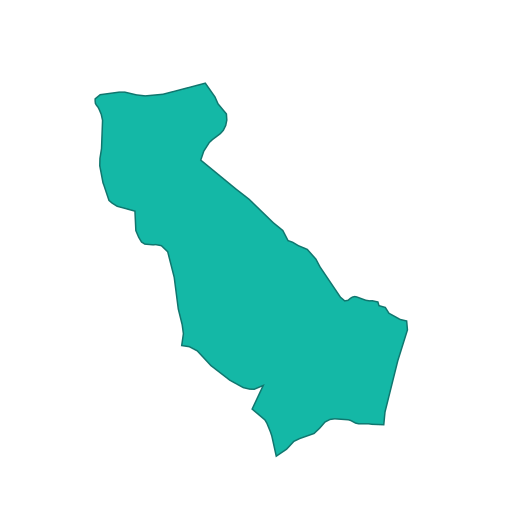 the border of Paro, rotated 164°
{"feature_id": "BTN-2436", "entity_name": "Paro", "entity_type": "District", "adm_level": 1, "iso_a3": "BTN", "parent_name": "Bhutan", "parent_adm1": "", "projection": "mercator", "projection_center": [89.353, 27.467], "detail": "fine", "context": "isolated", "style": "filled", "palette": "teal", "viewbox_px": 512, "rotation_deg": 164, "n_neighbors": 0, "source": "natural_earth", "source_scale": "10m", "svg_char_len": 1434}
<svg xmlns="http://www.w3.org/2000/svg" viewBox="0 0 512 512"><g transform="rotate(164 256 256)"><path d="M129.1,152.0L130.8,143.2L148.6,116.2L175.0,70.5L179.7,58.6L190.7,62.2L194.1,63.7L203.5,66.4L206.3,67.9L210.3,71.8L212.3,73.1L225.2,77.8L230.0,78.5L235.4,77.4L242.2,73.0L249.1,69.4L264.2,68.5L270.7,67.4L279.8,61.9L291.7,58.0L290.4,78.6L290.6,83.1L291.6,92.2L292.6,96.0L301.9,109.9L284.7,129.6L294.4,128.4L298.8,129.8L304.5,133.0L315.3,143.7L329.5,163.0L338.6,181.0L345.1,187.2L352.1,190.4L347.2,201.3L345.9,210.2L345.3,226.5L340.5,258.0L339.7,284.4L344.1,292.0L349.2,294.6L351.8,295.1L359.6,298.1L362.2,301.0L363.6,306.4L364.5,313.5L360.0,332.5L375.8,342.1L379.8,346.6L382.0,349.9L382.7,366.2L382.9,368.5L381.3,385.8L379.1,392.8L374.9,401.8L366.1,428.7L365.7,434.8L366.3,439.8L366.8,442.5L367.8,444.9L368.3,446.9L367.9,449.3L367.3,451.4L361.3,454.0L342.2,451.2L337.0,449.7L326.5,443.8L318.3,440.4L300.8,437.1L257.1,436.1L251.6,420.2L250.6,412.8L245.3,400.7L246.6,394.7L249.1,389.9L252.7,385.9L256.5,383.5L265.6,380.0L269.6,378.0L277.3,371.2L282.7,363.4L256.7,325.7L247.0,312.4L230.3,283.3L223.2,273.1L221.0,262.0L217.0,259.1L212.5,254.3L204.9,248.2L199.3,236.5L197.5,227.9L186.2,193.1L183.1,188.4L179.7,188.0L176.9,189.3L174.6,189.9L172.3,189.8L170.5,188.9L162.7,183.2L159.3,181.6L156.5,180.9L151.5,178.2L151.5,174.4L145.9,170.9L144.0,164.3L135.0,155.3L129.1,152.0Z" fill="#14b8a6" stroke="#0f766e" stroke-width="1.5"/></g></svg>